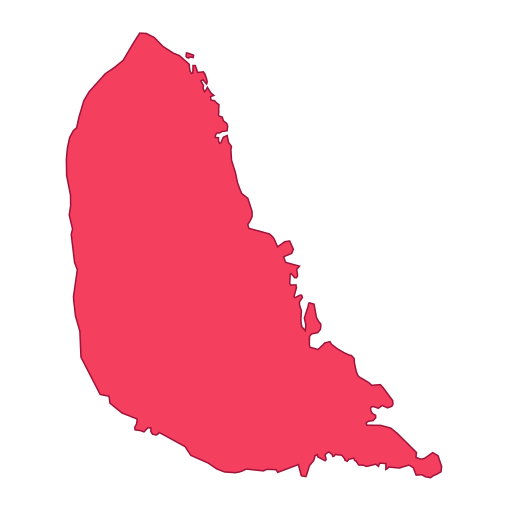 the district of Fanapanges, Federated States of Micronesia, rotated 182°
{"feature_id": "79324940B4791300793678", "entity_name": "Fanapanges", "entity_type": "district", "adm_level": 2, "iso_a3": "FSM", "parent_name": "Federated States of Micronesia", "parent_adm1": "", "projection": "robinson", "projection_center": [151.663, 7.353], "detail": "fine", "context": "isolated", "style": "filled", "palette": "rose", "viewbox_px": 512, "rotation_deg": 182, "n_neighbors": 0, "source": "geoboundaries", "source_scale": "gbopen_adm2", "svg_char_len": 3652}
<svg xmlns="http://www.w3.org/2000/svg" viewBox="0 0 512 512"><g transform="rotate(182 256 256)"><path d="M198.8,166.7L199.6,168.8L199.7,177.5L197.8,180.0L191.6,181.6L189.1,184.9L188.8,187.5L188.9,190.3L190.9,192.5L193.4,196.6L196.3,209.9L201.2,211.1L201.9,209.5L202.1,207.6L203.4,203.2L205.5,195.7L203.8,188.7L204.1,183.1L205.7,184.8L207.6,186.7L208.5,190.0L208.9,194.3L208.7,202.8L210.0,206.3L210.8,208.8L210.9,211.7L209.9,213.5L208.1,216.1L209.0,218.4L210.5,218.5L215.5,215.7L216.6,216.7L214.5,225.6L215.0,228.5L220.6,228.2L221.4,230.1L221.2,233.4L221.3,239.1L220.4,239.7L216.6,235.7L214.8,235.7L213.8,237.4L213.9,239.3L214.9,243.9L212.2,247.4L217.9,248.7L226.2,250.7L228.4,256.2L220.4,259.9L218.9,264.1L222.9,272.2L227.8,271.3L234.7,265.9L238.7,274.1L240.2,275.9L243.2,278.5L264.1,283.4L265.3,287.2L263.2,290.6L261.3,295.1L261.4,300.2L266.2,313.4L272.4,317.9L274.1,321.4L277.1,328.8L279.4,338.4L283.8,350.9L284.8,361.4L284.3,364.5L287.5,368.8L289.0,375.4L292.6,373.7L293.3,372.4L294.4,369.6L295.1,367.8L296.3,367.3L297.5,369.8L297.6,372.9L300.8,373.0L300.8,374.7L300.1,376.7L299.0,377.7L296.7,377.7L294.1,379.3L289.3,380.1L288.9,383.7L289.0,385.5L289.8,387.4L293.3,390.0L294.6,393.7L297.6,394.5L298.4,395.8L298.2,398.2L298.4,401.4L298.3,406.0L300.6,407.5L303.0,409.9L306.4,410.1L307.0,413.8L303.7,415.0L306.8,417.4L310.5,422.9L311.5,420.4L313.2,418.4L314.0,420.1L314.9,422.1L314.3,424.2L317.2,429.1L315.1,430.3L311.5,426.1L310.9,427.5L311.0,429.1L311.5,431.0L313.3,435.9L315.0,438.2L320.7,437.4L323.3,444.2L325.6,444.2L325.5,436.9L327.0,436.2L328.6,439.0L329.5,445.3L339.5,453.6L345.4,455.7L356.2,462.1L365.3,470.8L373.4,474.6L380.0,474.7L386.0,464.5L395.6,446.9L403.8,439.7L413.1,432.8L428.6,414.2L433.5,405.2L437.9,388.1L439.7,378.0L443.0,374.8L446.4,367.8L448.2,357.7L448.9,346.4L448.1,330.0L443.5,310.3L443.0,299.8L444.1,290.5L440.3,276.6L441.4,271.0L437.1,243.2L434.1,236.1L437.0,209.0L436.6,204.9L434.3,189.7L429.4,174.6L427.4,148.8L406.9,112.2L398.0,110.7L396.8,103.8L384.4,94.4L369.2,89.0L369.2,86.5L369.6,83.8L371.2,80.5L370.8,78.0L365.5,77.5L361.8,76.3L358.0,80.6L355.0,80.5L355.0,77.0L353.2,74.3L349.4,73.6L347.9,74.6L346.4,76.2L320.2,63.0L314.2,54.5L296.5,47.4L287.9,41.9L280.0,39.1L269.1,38.7L265.4,39.5L262.4,40.6L258.3,42.7L241.0,41.5L238.4,43.0L235.0,43.2L228.3,43.1L226.8,40.5L206.4,49.0L203.0,37.9L198.3,37.3L195.2,48.4L191.4,53.3L190.4,56.3L190.3,58.2L187.9,59.7L187.3,57.4L179.7,53.8L178.8,55.0L179.4,57.6L180.1,58.8L179.6,60.2L178.3,61.6L176.3,62.7L173.1,60.4L172.2,58.3L171.0,58.7L169.7,60.5L167.5,60.1L163.4,60.0L160.6,56.8L159.9,55.0L157.7,54.0L156.1,56.0L154.9,56.4L151.1,57.4L150.4,55.2L148.6,54.3L146.1,50.7L141.2,50.6L138.2,49.5L129.1,52.1L126.2,50.0L125.3,53.2L122.6,53.3L118.9,53.0L118.8,47.2L117.2,48.2L116.0,49.7L105.2,49.1L101.1,50.6L95.8,52.4L91.4,49.9L88.3,42.6L82.7,43.2L78.7,41.2L73.8,40.5L71.2,42.6L67.8,44.2L65.5,45.6L63.6,46.8L63.1,52.0L67.1,62.7L72.5,65.7L74.1,64.5L80.2,59.8L83.6,58.7L89.1,60.2L89.0,62.2L88.8,65.3L108.7,83.7L115.3,88.7L125.4,91.1L139.2,90.8L139.9,92.2L139.8,93.4L138.5,94.4L136.2,95.1L133.2,95.6L130.7,98.5L130.9,101.0L134.1,102.6L135.7,105.1L136.2,108.0L135.4,109.2L133.3,109.6L128.4,108.1L124.7,111.0L119.1,108.8L117.3,109.6L115.1,110.5L114.0,112.5L114.3,116.2L124.1,128.5L127.2,131.8L135.8,130.8L138.9,133.4L144.0,136.3L148.6,138.7L150.2,140.4L151.9,144.5L153.8,152.2L154.4,157.1L157.2,159.9L159.5,160.3L164.6,162.4L171.6,166.2L177.5,170.4L179.1,173.0L184.4,171.5L185.9,169.6L190.9,164.6L192.5,165.2L198.8,166.7ZM330.2,451.5L328.8,452.7L325.7,452.1L325.4,454.5L331.1,456.4L332.6,456.5L332.9,453.2L332.1,452.0L330.2,451.5Z" fill="#f43f5e" stroke="#9f1239" stroke-width="1.5"/></g></svg>